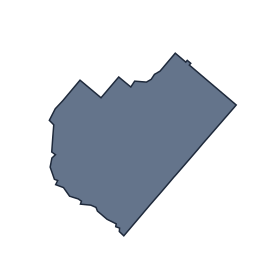 outline of Union, Louisiana, United States of America, rotated 130°
{"feature_id": "52423323B25529270179074", "entity_name": "Union", "entity_type": "district", "adm_level": 2, "iso_a3": "USA", "parent_name": "United States of America", "parent_adm1": "Louisiana", "projection": "orthographic", "projection_center": [-92.344, 32.798], "detail": "fine", "context": "isolated", "style": "filled", "palette": "slate", "viewbox_px": 256, "rotation_deg": 130, "n_neighbors": 0, "source": "geoboundaries", "source_scale": "gbopen_adm2", "svg_char_len": 778}
<svg xmlns="http://www.w3.org/2000/svg" viewBox="0 0 256 256"><g transform="rotate(130 128 128)"><path d="M40.8,59.9L40.4,121.5L38.1,121.5L38.1,126.1L40.4,126.1L40.3,139.9L63.8,140.0L69.9,142.2L75.8,141.5L81.0,143.4L87.8,153.0L94.8,152.2L94.9,167.9L122.2,168.1L122.2,195.5L149.2,195.5L160.0,196.1L172.7,193.2L173.3,186.9L183.4,179.7L195.4,171.0L195.1,166.4L199.9,167.0L208.0,162.5L214.6,151.4L213.4,148.1L217.9,147.0L215.1,139.1L217.8,128.9L214.3,120.5L214.0,116.6L216.9,115.5L211.0,106.9L209.4,101.5L211.3,98.0L211.4,85.3L209.0,75.4L211.5,74.0L210.1,70.1L212.9,68.1L213.3,61.9L172.9,61.7L154.5,61.4L143.1,61.3L136.0,61.3L134.1,61.2L107.9,60.8L99.6,60.7L98.9,60.7L92.1,60.7L44.3,59.9L43.1,59.9L41.1,59.9L40.8,59.9Z" fill="#64748b" stroke="#1e293b" stroke-width="1.5"/></g></svg>